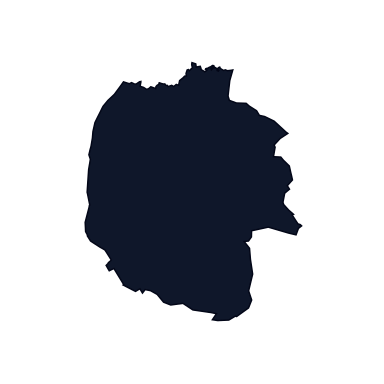 Belleh, Gbapolu, Liberia, rotated 239°
{"feature_id": "62588387B94232483093280", "entity_name": "Belleh", "entity_type": "district", "adm_level": 2, "iso_a3": "LBR", "parent_name": "Liberia", "parent_adm1": "Gbapolu", "projection": "equal_earth", "projection_center": [-9.866, 7.529], "detail": "fine", "context": "isolated", "style": "filled", "palette": "ink", "viewbox_px": 384, "rotation_deg": 239, "n_neighbors": 0, "source": "geoboundaries", "source_scale": "gbopen_adm2", "svg_char_len": 3247}
<svg xmlns="http://www.w3.org/2000/svg" viewBox="0 0 384 384"><g transform="rotate(239 192 192)"><path d="M321.7,190.0L321.3,189.1L319.8,185.7L315.7,175.8L314.7,171.3L313.8,167.1L311.3,160.0L310.2,158.2L307.8,154.5L304.4,149.1L301.5,144.6L294.9,138.3L289.5,134.4L283.3,129.1L282.0,127.8L281.3,127.0L280.7,126.4L277.0,122.8L273.5,122.0L272.5,121.8L268.9,118.8L268.6,118.5L264.5,115.0L250.7,105.4L245.8,102.0L244.2,101.5L233.6,97.7L233.3,97.4L233.3,97.1L232.0,96.0L221.0,84.8L215.2,81.7L214.7,81.4L212.8,80.4L208.5,80.2L208.3,79.7L203.4,79.8L202.3,79.8L201.4,80.2L201.0,80.4L198.1,81.8L192.0,84.8L189.6,86.2L189.0,86.5L187.2,87.5L186.6,87.5L185.0,87.6L180.5,87.7L175.3,87.8L175.2,87.5L175.0,86.9L174.9,86.5L174.5,83.9L174.1,83.8L173.3,80.6L169.2,80.5L168.6,80.5L167.3,80.5L167.1,80.5L166.9,83.3L166.6,85.7L163.8,85.7L150.0,85.8L148.0,85.8L147.8,85.8L147.7,85.1L135.9,92.4L135.9,97.5L130.9,97.5L132.5,101.6L128.7,105.7L122.2,109.4L112.2,110.9L106.1,115.6L103.3,122.1L102.6,123.6L101.2,126.9L90.5,132.0L78.9,146.2L75.1,150.3L72.0,143.7L70.8,145.2L68.6,147.8L63.3,157.6L63.3,165.2L62.3,166.1L63.5,180.7L68.7,187.5L78.1,189.6L90.4,201.7L104.2,207.4L114.1,212.3L122.7,211.2L120.9,215.2L122.9,219.8L128.1,223.1L122.6,239.3L107.2,253.5L101.7,259.1L106.0,264.5L106.5,268.5L108.3,268.0L110.1,266.4L114.7,266.2L120.8,266.0L120.6,267.5L126.8,265.5L134.1,264.1L136.4,264.7L143.2,270.8L143.7,273.7L144.2,277.0L148.3,276.9L149.6,281.0L150.6,284.3L154.1,285.5L157.3,286.5L164.2,288.8L172.2,286.7L176.2,286.1L180.3,280.0L186.1,285.0L187.6,286.3L190.0,286.6L192.1,293.7L192.5,295.2L192.6,297.7L192.9,304.3L195.0,303.4L210.4,298.9L215.5,295.6L219.3,293.1L223.0,289.2L228.4,289.2L236.2,285.3L240.1,284.1L245.4,275.9L251.3,271.2L255.7,272.3L268.0,281.7L275.6,289.8L276.1,288.4L277.4,285.5L277.7,284.9L279.6,283.4L279.8,281.8L282.4,280.3L284.3,279.9L284.6,280.0L284.6,279.8L284.9,279.7L284.9,278.3L284.6,277.8L284.6,277.4L284.2,277.2L282.4,277.7L282.0,276.9L282.7,276.4L283.2,276.0L284.8,276.6L286.5,276.3L287.3,274.2L286.9,272.4L286.7,271.5L287.5,271.7L288.1,271.9L288.2,272.9L288.4,274.2L287.9,275.1L287.7,275.5L289.1,275.7L289.9,274.7L289.8,273.6L289.7,272.7L290.0,271.0L290.0,269.8L289.9,269.3L290.3,268.6L290.6,267.3L290.2,266.7L288.8,267.6L288.4,265.4L288.7,265.0L288.6,264.8L288.9,264.7L292.3,262.8L293.1,263.3L295.5,263.8L296.8,260.3L297.0,260.0L299.0,260.8L299.9,261.2L302.9,258.6L302.1,257.9L301.4,257.4L300.4,257.0L298.1,256.3L298.1,255.7L298.1,255.2L297.3,252.2L298.8,252.0L299.1,250.7L298.5,250.0L297.1,248.4L296.6,247.9L294.4,247.0L294.5,246.8L294.5,246.7L295.1,245.3L294.5,243.3L293.9,238.8L293.8,238.7L290.4,235.5L291.1,234.9L292.3,233.9L292.0,232.0L291.8,230.7L292.5,230.3L292.9,230.1L293.9,229.5L294.5,226.4L294.6,225.8L295.4,225.8L296.2,225.7L296.7,224.7L297.0,224.4L298.6,224.4L299.3,223.1L300.7,221.7L302.3,220.4L302.2,220.2L302.4,220.0L302.1,219.7L301.4,219.0L301.4,217.6L301.4,216.9L300.9,215.4L300.5,215.1L299.4,214.1L300.1,213.6L303.4,210.9L303.2,209.8L302.9,208.1L303.3,206.0L306.7,204.3L307.1,203.9L309.4,202.0L312.6,204.8L313.0,204.4L313.2,204.7L313.4,204.1L313.5,204.0L313.5,203.5L313.3,199.9L314.0,198.4L315.1,197.7L316.9,196.5L317.0,194.8L317.1,194.1L318.5,192.8L321.7,190.0Z" fill="#0f172a" stroke="#020617" stroke-width="1.5"/></g></svg>